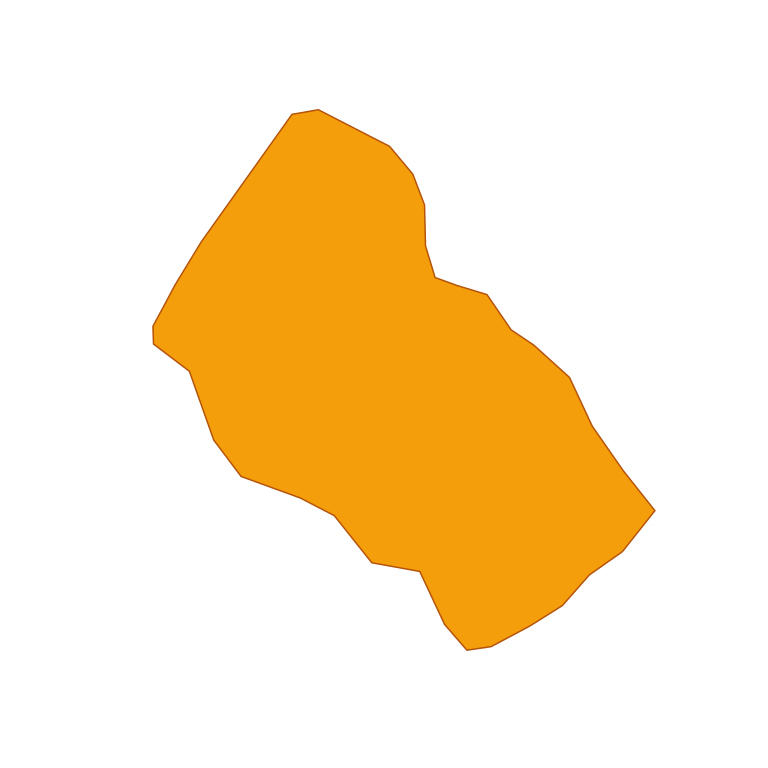 Sokcho-si, Gangwon, South Korea, rotated 65°
{"feature_id": "91817680B43621567480447", "entity_name": "Sokcho-si", "entity_type": "district", "adm_level": 2, "iso_a3": "KOR", "parent_name": "South Korea", "parent_adm1": "Gangwon", "projection": "albers", "projection_center": [128.524, 38.163], "detail": "fine", "context": "isolated", "style": "filled", "palette": "amber", "viewbox_px": 768, "rotation_deg": 65, "n_neighbors": 0, "source": "geoboundaries", "source_scale": "gbopen_adm2", "svg_char_len": 626}
<svg xmlns="http://www.w3.org/2000/svg" viewBox="0 0 768 768"><g transform="rotate(65 384 384)"><path d="M613.3,192.0L564.2,203.7L510.4,213.1L456.5,213.1L412.1,231.8L388.7,245.9L346.5,252.9L325.5,276.3L309.1,292.7L276.3,288.0L238.9,271.6L206.1,269.2L171.0,278.5L153.0,292.5L107.7,327.6L100.7,353.4L177.8,489.3L205.9,531.5L220.0,550.2L234.0,569.0L247.3,574.7L250.4,576.0L290.2,555.0L362.9,562.0L407.4,552.6L451.9,508.1L482.3,484.7L540.9,470.6L569.0,430.8L627.5,430.7L656.0,422.6L660.3,421.3L667.3,397.9L664.9,353.4L660.2,316.0L643.8,278.5L636.7,238.8L613.3,192.0Z" fill="#f59e0b" stroke="#b45309" stroke-width="1.5"/></g></svg>